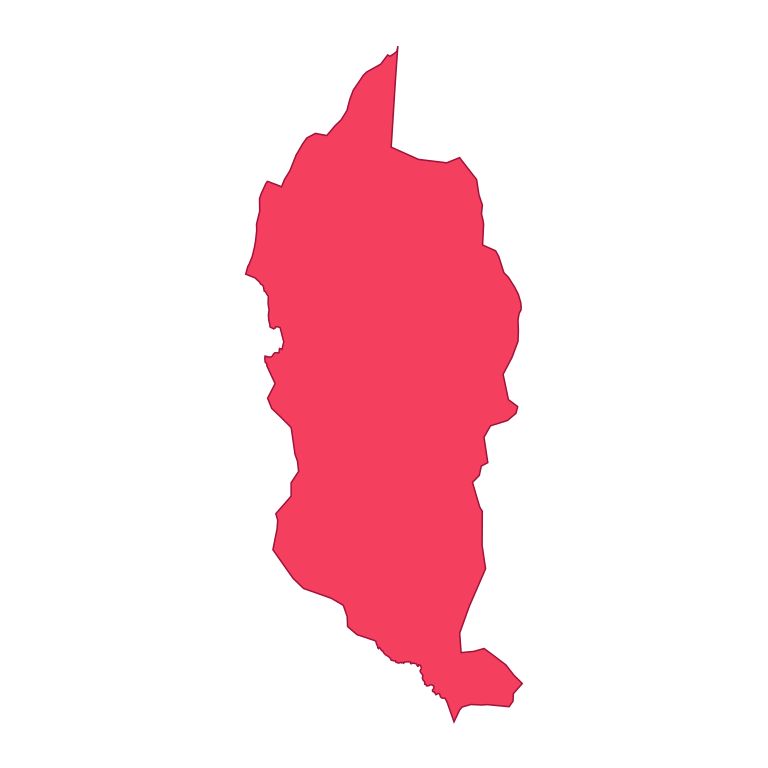 outline of Kokona, Nassarawa, Nigeria
{"feature_id": "59680162B28903777440270", "entity_name": "Kokona", "entity_type": "district", "adm_level": 2, "iso_a3": "NGA", "parent_name": "Nigeria", "parent_adm1": "Nassarawa", "projection": "equal_earth", "projection_center": [8.04, 8.812], "detail": "fine", "context": "isolated", "style": "filled", "palette": "rose", "viewbox_px": 768, "rotation_deg": 0, "n_neighbors": 0, "source": "geoboundaries", "source_scale": "gbopen_adm2", "svg_char_len": 3209}
<svg xmlns="http://www.w3.org/2000/svg" viewBox="0 0 768 768"><path d="M397.9,46.1L396.8,51.4L393.7,53.9L390.5,56.0L390.1,56.3L389.4,55.9L387.7,54.9L380.8,64.1L366.8,71.9L364.8,73.9L363.3,75.3L360.2,80.0L358.2,82.9L353.3,90.1L350.8,96.7L349.9,99.2L348.5,104.4L347.0,110.4L341.2,119.8L334.8,126.0L330.3,131.4L326.8,135.5L321.2,134.5L315.4,133.4L306.9,137.9L304.8,140.8L302.6,143.9L298.0,151.9L296.3,154.6L293.7,161.2L289.9,170.7L287.7,174.3L284.6,179.2L282.7,183.9L281.5,186.8L279.5,185.9L276.0,184.5L271.3,182.8L268.6,181.7L267.3,181.4L265.7,183.9L261.3,193.4L259.5,198.6L259.7,211.2L256.5,224.2L256.7,230.5L255.5,241.4L254.5,247.1L252.2,256.6L249.2,264.0L247.8,266.5L245.7,274.2L254.9,277.8L258.9,281.5L259.7,282.2L260.5,283.9L261.4,284.5L262.5,285.2L263.3,286.1L263.7,288.3L264.2,291.1L265.4,291.7L266.9,294.4L268.3,296.2L268.1,303.4L268.5,306.7L269.1,309.9L268.4,314.5L268.7,320.0L269.9,324.8L270.0,326.9L271.0,327.5L273.7,328.9L275.4,327.9L275.6,326.8L277.7,326.8L280.1,327.6L283.8,342.1L283.4,343.2L282.0,349.4L281.4,349.0L279.5,348.5L279.0,352.6L278.0,353.0L276.7,352.6L274.6,352.9L273.2,354.4L272.6,355.8L271.1,357.0L270.1,357.0L268.5,356.9L267.4,357.1L266.9,356.4L265.0,356.1L264.8,358.1L265.0,360.6L265.2,362.3L266.9,363.8L266.8,365.7L275.0,383.4L275.1,383.6L267.6,398.2L271.7,408.4L280.9,417.2L291.1,427.5L292.3,435.2L295.0,454.2L297.5,461.3L298.6,471.4L291.1,482.8L291.1,496.2L275.8,513.7L277.7,520.1L277.1,528.7L272.9,549.7L293.1,578.4L303.6,588.5L331.3,598.3L343.3,605.3L347.2,616.6L347.6,626.6L357.1,634.7L374.5,640.5L375.8,641.3L376.7,644.5L377.5,645.9L377.8,647.8L378.5,648.6L379.6,647.6L380.3,648.6L381.8,650.8L382.8,650.8L383.6,652.7L385.5,654.8L388.4,656.5L390.1,658.0L391.2,660.2L394.3,660.9L395.4,660.8L396.1,662.4L397.1,662.5L398.2,663.1L399.1,663.0L400.3,662.4L401.2,662.9L402.0,662.5L402.9,662.9L403.7,663.3L404.1,662.1L406.6,661.9L409.5,661.8L410.6,662.1L410.5,663.5L411.3,663.8L412.5,663.1L414.5,663.4L416.3,663.9L417.6,666.3L418.4,666.1L418.7,664.8L420.2,665.2L421.3,667.5L421.2,668.9L420.2,670.3L420.2,671.7L422.9,675.4L422.3,678.0L423.1,680.2L424.6,681.7L424.7,684.2L425.9,684.5L426.5,685.9L428.7,685.7L430.3,684.8L431.8,684.9L433.9,686.2L433.8,688.4L432.5,689.9L432.5,691.2L433.3,691.9L434.4,691.9L435.4,693.9L436.0,694.7L438.5,693.4L439.6,694.0L440.5,696.9L441.8,698.0L445.1,698.3L447.1,702.2L454.0,721.9L459.6,710.0L462.2,707.0L470.8,704.5L482.2,705.0L487.1,704.6L509.1,706.7L513.0,701.2L513.4,693.6L522.3,683.5L513.7,675.0L505.9,664.9L494.3,656.1L484.1,648.5L473.8,651.4L461.1,652.6L459.7,633.1L466.8,613.2L469.3,606.3L485.6,568.7L484.3,560.3L482.1,545.4L482.3,511.2L479.9,507.5L477.3,498.9L472.5,482.4L479.3,475.4L481.3,466.1L487.8,462.6L484.0,437.3L490.5,425.8L507.5,420.5L516.0,413.3L517.7,406.6L508.4,399.6L503.1,374.3L512.0,357.4L515.0,349.4L518.0,341.4L518.4,330.6L518.0,320.2L518.6,316.4L519.2,313.2L521.0,310.1L521.2,307.4L520.8,302.8L518.3,294.2L514.6,287.1L508.5,277.4L503.9,272.7L498.7,256.4L495.6,250.8L482.6,245.0L483.6,224.1L482.9,219.8L481.5,213.9L482.4,205.1L479.0,195.0L476.6,179.5L469.0,169.8L460.0,158.2L459.7,157.6L446.7,162.8L418.5,159.4L395.1,148.9L391.2,147.2L395.3,82.0L397.3,53.6L397.9,46.1Z" fill="#f43f5e" stroke="#9f1239" stroke-width="1.5"/></svg>